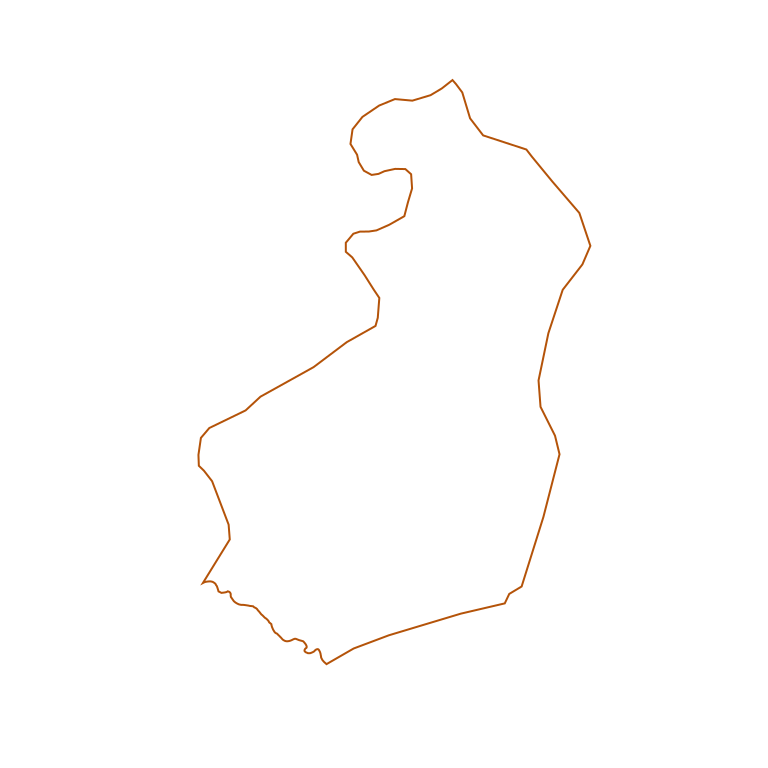 Barros Blancos, Canelones, Uruguay (orthographic projection), rotated 333°
{"feature_id": "84410073B87283476662632", "entity_name": "Barros Blancos", "entity_type": "district", "adm_level": 2, "iso_a3": "URY", "parent_name": "Uruguay", "parent_adm1": "Canelones", "projection": "orthographic", "projection_center": [-56.02, -34.752], "detail": "fine", "context": "isolated", "style": "outline", "palette": "amber", "viewbox_px": 768, "rotation_deg": 333, "n_neighbors": 0, "source": "geoboundaries", "source_scale": "gbopen_adm2", "svg_char_len": 2518}
<svg xmlns="http://www.w3.org/2000/svg" viewBox="0 0 768 768"><g transform="rotate(333 384 384)"><path d="M414.7,626.9L465.7,574.8L508.5,526.3L512.9,507.7L513.1,475.4L523.3,451.0L553.5,413.4L586.0,381.2L615.1,367.5L630.6,354.6L635.7,320.3L625.9,280.0L619.0,248.7L617.3,239.7L585.2,207.5L581.3,186.4L586.1,159.8L584.3,149.4L583.0,144.3L569.7,146.9L556.6,147.8L537.9,144.4L523.1,135.1L506.1,133.7L486.1,136.2L471.6,142.8L463.1,154.9L464.1,167.5L462.2,174.8L462.9,184.8L467.9,192.1L474.5,194.3L481.0,194.6L491.6,197.4L500.6,202.2L503.4,209.4L497.8,222.5L487.8,233.0L478.3,243.7L460.9,244.5L447.0,243.7L439.8,241.3L431.7,237.3L424.9,236.2L414.1,240.8L410.0,248.9L413.2,256.8L416.1,278.2L417.7,295.3L418.9,305.2L408.5,322.2L402.8,328.4L369.8,329.8L328.9,337.0L268.2,339.2L248.7,344.7L208.4,343.9L196.4,348.9L186.5,362.9L181.9,372.8L184.2,379.5L186.7,392.6L181.7,438.8L176.0,452.5L152.0,467.1L132.3,479.1L134.4,479.1L136.5,479.7L138.6,480.5L140.1,481.3L141.5,482.5L142.5,484.1L143.1,485.5L143.1,487.0L143.3,488.2L143.1,489.8L142.8,491.6L142.4,493.7L143.4,495.0L144.3,496.3L145.7,496.8L145.9,496.9L147.7,497.5L149.3,497.9L150.7,497.8L151.8,499.0L152.2,500.1L152.1,501.5L151.3,503.0L150.9,504.3L151.1,505.6L151.3,507.1L151.6,509.3L152.4,511.2L153.6,513.1L154.7,514.5L156.4,515.9L158.0,516.7L159.4,517.6L161.1,518.8L162.5,519.8L163.8,520.9L165.1,521.7L166.5,522.7L167.0,524.1L168.0,525.3L168.7,526.8L168.9,528.3L169.5,530.5L169.8,532.1L170.1,533.6L170.7,534.9L171.3,536.8L171.7,538.1L172.5,539.5L173.1,541.1L173.5,542.7L173.5,544.3L174.1,545.6L174.6,546.8L174.2,548.1L173.9,549.6L173.8,551.1L173.7,552.4L173.8,554.0L173.9,555.2L174.2,556.3L174.7,557.1L175.3,557.8L175.6,558.6L175.9,559.7L176.4,561.0L176.7,562.2L177.0,562.9L177.4,564.6L177.8,565.9L178.4,566.9L179.1,567.9L180.1,568.8L181.2,569.4L182.6,569.9L184.1,570.2L185.4,570.3L187.1,570.3L188.3,570.4L189.1,570.6L189.8,571.1L190.7,572.1L192.1,573.7L193.3,574.8L194.2,575.6L195.2,576.6L195.4,577.2L195.7,578.5L196.0,579.9L196.1,581.1L196.0,582.5L195.7,583.3L195.0,583.9L194.0,584.0L193.3,584.3L192.4,585.0L192.0,585.8L192.1,586.5L192.5,587.5L193.3,588.4L194.0,589.3L194.9,589.8L195.9,590.3L197.3,590.5L199.0,590.6L200.5,590.5L201.7,590.0L202.9,589.8L203.9,589.9L204.7,590.2L205.2,591.0L205.3,592.0L205.3,593.8L205.0,595.5L204.6,596.7L204.3,597.9L203.8,599.2L203.8,600.5L203.8,601.1L203.8,601.9L204.1,603.2L204.5,604.7L205.2,606.4L205.6,607.5L236.9,605.9L274.2,610.1L348.2,623.5L392.0,634.3L400.3,627.9L414.7,626.9Z" fill="none" stroke="#b45309" stroke-width="2"/></g></svg>